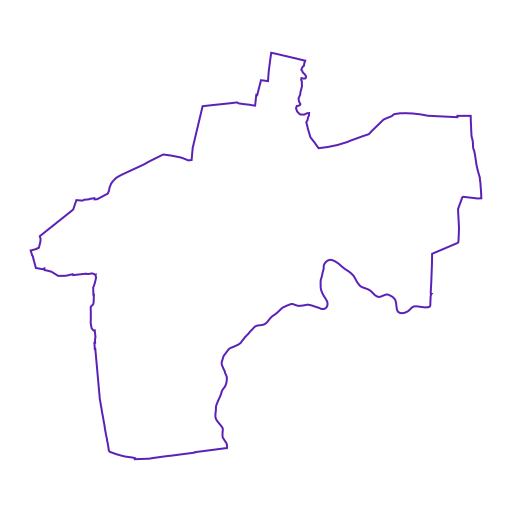 outline of Pueblo Nuevo, Guanajuato, Mexico
{"feature_id": "50627088B8544251683738", "entity_name": "Pueblo Nuevo", "entity_type": "district", "adm_level": 2, "iso_a3": "MEX", "parent_name": "Mexico", "parent_adm1": "Guanajuato", "projection": "robinson", "projection_center": [-101.357, 20.548], "detail": "fine", "context": "isolated", "style": "outline", "palette": "violet", "viewbox_px": 512, "rotation_deg": 0, "n_neighbors": 0, "source": "geoboundaries", "source_scale": "gbopen_adm2", "svg_char_len": 5992}
<svg xmlns="http://www.w3.org/2000/svg" viewBox="0 0 512 512"><path d="M457.4,117.2L428.9,115.8L428.2,115.8L420.7,114.4L412.8,113.5L405.9,113.2L399.9,113.3L395.1,114.0L393.7,114.4L391.8,116.1L385.9,118.5L383.4,119.7L372.2,130.6L368.8,134.2L362.7,136.2L349.5,141.0L347.7,141.9L337.5,145.0L327.8,147.0L318.6,148.2L316.6,145.5L314.7,142.7L310.6,137.5L310.3,136.9L309.4,133.9L307.8,128.4L307.5,127.0L306.3,122.1L307.5,120.2L308.0,117.6L308.9,115.6L309.1,113.0L306.9,113.3L304.2,114.6L300.4,114.5L299.6,114.0L297.2,111.6L296.0,108.3L296.8,106.0L297.5,105.8L298.5,105.8L299.9,105.1L300.4,104.1L299.2,101.9L298.7,99.9L298.6,98.3L300.2,94.6L300.3,93.2L300.7,91.2L302.0,86.2L301.8,81.2L301.1,79.8L301.5,78.1L303.7,78.6L305.3,78.4L305.8,77.8L306.1,76.4L304.6,74.1L302.8,72.5L302.4,71.3L301.3,69.7L302.6,66.8L303.9,65.8L304.3,63.2L305.2,60.7L275.2,53.6L271.2,52.8L270.1,60.7L268.7,71.6L268.0,81.1L261.0,80.2L257.2,95.1L256.3,94.8L255.1,105.6L252.3,105.3L249.4,104.7L245.3,104.3L243.1,104.0L240.1,103.6L238.8,103.4L236.9,102.4L231.6,103.1L214.3,104.9L202.6,106.2L192.7,147.8L191.6,160.0L188.3,160.4L182.7,158.1L180.0,157.3L170.7,155.5L163.2,154.5L151.7,160.2L147.6,162.3L144.2,164.3L122.6,174.3L119.1,176.1L116.0,178.0L112.7,181.5L111.2,183.5L109.7,187.2L108.8,191.2L107.8,193.6L105.3,194.9L101.4,197.0L97.1,199.2L94.6,199.4L94.4,198.2L90.3,198.8L89.0,199.3L85.3,199.7L84.4,199.7L82.4,200.6L77.2,200.2L76.4,200.1L73.2,209.5L71.3,211.1L64.5,216.5L62.8,217.9L62.1,218.4L59.9,220.2L59.5,220.5L58.8,221.1L57.5,222.0L56.0,223.3L48.4,229.3L39.8,236.2L40.6,239.1L40.3,242.1L38.9,247.7L36.8,248.6L36.7,248.9L30.7,250.5L32.2,255.5L32.8,256.1L33.4,258.8L35.5,266.6L35.9,268.0L42.8,269.2L44.4,268.4L44.6,270.1L48.6,270.9L51.6,271.8L58.2,275.9L65.0,275.8L66.7,275.6L72.7,274.2L73.1,275.1L86.0,273.7L86.1,273.9L88.3,274.0L92.2,273.4L94.5,274.2L95.4,275.0L95.7,274.8L95.7,276.4L96.1,277.5L95.5,280.2L94.7,283.5L93.2,287.6L93.4,294.8L93.9,294.8L93.6,302.6L93.3,303.8L92.9,304.6L91.1,306.3L90.7,307.4L90.7,309.0L90.8,311.6L90.8,317.9L90.7,323.3L91.6,328.2L92.4,329.2L93.0,330.0L93.7,330.6L94.7,330.3L95.3,335.4L95.3,336.6L95.5,336.9L95.5,337.0L95.0,339.5L95.1,342.9L94.4,342.9L94.8,349.0L95.3,348.9L99.6,396.6L99.7,398.2L101.6,409.3L102.2,413.2L102.4,413.9L104.7,426.7L104.7,426.9L104.9,428.5L106.2,435.8L107.0,439.3L107.0,440.2L107.6,442.7L108.5,448.0L108.7,450.0L109.5,451.7L116.0,454.1L121.6,455.7L125.9,456.7L127.2,456.8L132.8,457.6L133.5,457.8L135.1,458.2L134.9,459.2L146.0,458.8L149.2,458.7L153.1,458.0L163.9,456.5L166.9,456.1L168.8,455.9L169.5,455.9L194.7,452.6L194.8,452.2L225.5,448.2L226.9,448.2L227.1,447.2L227.1,446.1L226.9,445.0L226.6,443.7L226.0,442.4L225.0,441.1L222.9,437.7L222.6,436.9L222.5,436.0L222.5,434.2L222.6,431.6L222.8,430.5L222.8,429.2L222.7,428.3L222.3,427.6L221.4,426.2L217.9,421.9L216.5,420.0L216.0,419.0L215.5,417.3L215.4,416.5L215.4,415.3L215.5,413.3L215.9,410.3L215.9,407.9L216.0,406.6L216.3,405.3L218.0,401.0L219.2,398.4L220.5,395.5L221.1,393.7L221.6,392.0L222.0,390.7L222.6,389.8L223.6,388.3L224.2,387.7L224.8,386.7L225.4,385.7L226.2,383.6L226.5,382.1L226.7,380.6L226.8,379.5L226.9,378.5L226.6,376.4L226.2,375.4L225.1,372.9L224.9,372.0L224.5,370.8L223.5,368.8L222.9,367.4L221.9,364.9L221.6,363.7L221.8,361.9L222.7,359.0L222.9,357.9L223.6,356.1L224.5,354.8L225.8,353.1L226.5,352.1L227.8,350.4L228.7,349.3L229.5,348.6L230.3,348.1L231.0,347.8L234.0,346.6L237.7,344.9L238.5,344.5L239.5,343.8L240.3,343.2L241.0,342.5L241.7,341.4L245.0,337.2L248.5,333.6L250.0,331.7L251.8,329.9L253.6,327.9L254.6,326.9L255.5,326.3L256.6,325.8L258.0,325.5L261.8,325.0L262.8,324.8L263.8,324.5L264.8,324.0L265.7,323.4L266.8,322.5L267.7,321.5L269.7,318.9L271.2,317.2L272.5,316.1L275.2,314.3L277.4,312.5L279.2,310.8L281.1,308.9L282.0,308.1L283.1,307.4L286.3,305.9L290.0,304.4L291.5,304.0L292.4,304.0L293.2,304.2L294.6,304.7L295.8,305.2L296.9,305.5L298.1,305.8L299.2,305.9L303.1,305.5L305.7,305.0L307.3,304.7L308.2,304.7L311.5,305.4L316.2,307.0L319.1,307.9L320.7,308.7L321.9,309.0L323.1,309.0L324.0,308.9L324.9,308.6L325.5,308.2L326.1,307.8L326.4,307.4L327.0,306.4L327.3,305.6L327.5,304.8L327.5,304.0L327.4,302.5L327.2,301.6L326.6,300.5L325.5,298.5L324.1,296.4L322.7,294.0L321.6,291.4L321.2,290.2L321.0,289.4L320.7,287.7L320.6,283.1L320.6,281.3L320.9,279.4L321.9,276.2L322.7,272.3L323.5,269.4L323.7,268.5L323.7,266.0L323.9,265.1L324.4,264.1L324.8,263.3L325.6,262.3L326.4,261.5L327.2,260.9L328.2,260.4L329.2,260.0L329.9,259.9L331.1,259.9L332.1,260.1L334.6,261.1L336.3,262.1L338.4,263.5L341.8,266.5L343.9,268.2L345.5,269.4L346.7,270.1L349.5,272.0L351.4,273.6L352.9,275.1L353.8,276.2L354.9,278.0L356.4,280.9L357.6,282.8L358.9,284.5L360.0,285.8L361.1,286.6L361.6,286.9L363.0,287.5L367.8,289.2L368.7,289.7L369.9,290.4L371.0,291.2L372.1,292.3L375.0,295.2L376.1,295.9L377.6,296.7L378.3,296.9L379.6,296.9L380.5,296.7L385.0,294.9L386.0,294.6L386.8,294.5L387.7,294.5L388.6,294.8L390.4,295.7L391.6,296.3L392.5,296.9L393.6,297.9L394.5,298.8L395.0,299.5L395.4,300.3L396.1,303.1L396.4,305.9L396.8,309.0L397.1,310.0L397.4,310.7L398.0,311.6L398.2,311.9L399.0,312.4L400.1,313.0L400.7,313.1L401.3,313.1L402.7,313.1L404.1,312.9L404.6,312.8L406.7,311.9L407.5,311.5L408.3,311.0L409.1,310.3L411.4,308.0L412.2,307.4L412.8,307.0L413.5,306.6L414.2,306.4L415.1,306.3L416.0,306.3L418.3,306.5L421.6,307.0L424.1,307.3L425.4,307.4L427.1,307.3L428.3,307.2L429.2,306.9L429.7,306.6L430.0,306.3L430.2,305.7L430.3,305.0L430.5,299.5L430.6,297.8L430.6,296.4L430.9,295.3L431.2,294.5L431.5,294.0L430.9,294.0L430.7,293.4L430.8,290.6L431.2,283.8L432.0,262.7L432.1,253.8L457.7,242.9L458.2,242.4L458.4,241.9L458.8,234.5L459.0,227.7L458.0,209.2L462.3,197.3L462.7,197.0L463.3,196.8L477.7,198.5L481.3,198.3L481.1,192.6L480.4,183.0L480.1,180.6L479.9,179.9L479.9,179.3L479.9,177.9L478.6,173.5L477.8,170.6L476.7,165.9L476.4,164.2L475.2,156.2L474.9,154.3L474.0,150.0L473.6,149.5L473.3,148.7L473.0,146.4L473.0,144.1L472.7,140.5L472.4,139.9L472.1,138.3L471.5,136.1L470.8,120.7L470.7,115.9L457.4,115.9L457.4,117.2Z" fill="none" stroke="#5b21b6" stroke-width="2"/></svg>